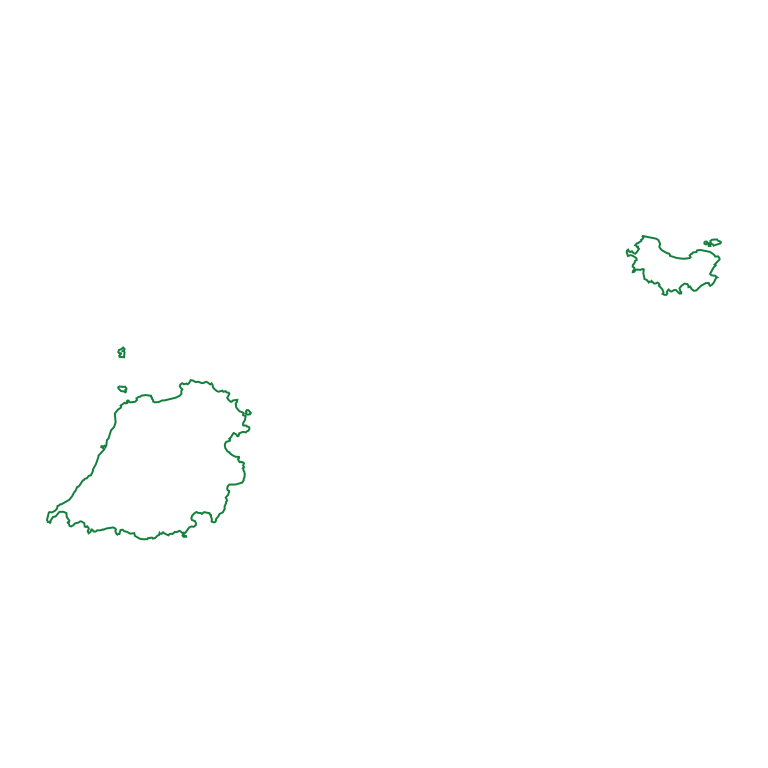 outline of Ko Pha-Ngan, Surat Thani, Thailand, rotated 97°
{"feature_id": "78962969B87501565170923", "entity_name": "Ko Pha-Ngan", "entity_type": "district", "adm_level": 2, "iso_a3": "THA", "parent_name": "Thailand", "parent_adm1": "Surat Thani", "projection": "albers", "projection_center": [99.987, 9.896], "detail": "fine", "context": "isolated", "style": "outline", "palette": "green", "viewbox_px": 768, "rotation_deg": 97, "n_neighbors": 0, "source": "geoboundaries", "source_scale": "gbopen_adm2", "svg_char_len": 6109}
<svg xmlns="http://www.w3.org/2000/svg" viewBox="0 0 768 768"><g transform="rotate(97 384 384)"><path d="M493.8,511.1L490.5,511.2L488.2,511.9L487.3,512.8L485.4,513.2L484.9,513.9L483.6,512.8L482.0,513.9L479.7,513.3L478.8,514.7L479.1,515.5L478.6,516.6L479.2,517.4L478.7,518.3L476.4,519.8L475.3,518.9L474.1,519.1L474.3,522.7L472.9,526.3L471.4,528.8L470.6,529.0L470.0,531.1L466.9,533.7L464.4,534.5L462.8,534.5L460.7,533.6L459.2,530.2L458.0,529.9L457.2,530.9L455.6,529.5L451.1,527.4L450.9,527.1L452.3,524.1L453.5,523.4L453.7,522.7L453.1,522.0L450.5,521.6L448.7,518.1L448.8,515.1L447.7,514.4L446.8,512.8L445.0,512.1L443.4,512.5L443.0,513.4L443.0,514.6L442.1,515.5L442.3,518.5L441.9,518.9L439.7,519.0L436.9,517.7L433.2,517.4L432.4,518.1L432.2,520.0L429.6,520.2L428.6,524.3L425.3,527.8L421.3,528.8L419.5,527.7L417.6,527.7L418.7,531.8L420.3,533.2L420.3,534.0L418.6,536.5L416.9,537.9L412.6,536.3L411.6,537.0L411.5,539.3L410.4,540.3L411.3,542.6L410.3,543.6L411.8,547.3L411.4,549.0L409.7,551.7L407.9,553.5L406.2,553.8L404.4,555.2L405.6,556.5L404.0,559.1L403.5,560.8L405.1,563.6L405.3,565.1L404.4,568.8L405.1,571.1L403.9,573.9L403.7,576.3L407.0,577.7L408.2,578.9L407.7,580.0L408.6,582.8L407.8,584.3L409.4,586.1L411.1,586.4L412.7,585.2L413.8,583.5L415.7,584.3L418.5,583.9L420.6,585.4L423.0,589.1L427.1,600.1L427.3,602.0L429.4,605.6L430.1,609.1L429.5,611.0L428.2,611.1L426.9,612.5L425.6,612.8L424.9,613.9L424.1,613.9L424.0,619.2L425.1,623.2L426.3,624.5L426.9,626.2L428.4,628.0L430.0,627.2L431.9,628.8L433.2,633.6L432.8,634.8L431.7,635.4L431.6,636.4L432.4,637.1L434.1,636.5L434.7,637.7L434.2,639.1L437.5,642.8L438.6,642.1L439.7,642.4L441.8,644.9L446.1,647.6L454.7,645.7L459.6,646.7L463.3,649.3L471.7,650.8L473.5,652.2L478.6,652.1L480.5,652.7L479.4,653.8L480.4,655.2L480.0,656.5L480.4,657.0L481.0,657.0L482.2,654.0L482.9,653.7L489.8,658.6L491.5,658.6L498.7,660.2L504.2,662.4L506.1,662.4L510.5,663.8L511.1,665.9L513.8,667.4L514.6,669.5L515.9,670.2L516.4,671.2L521.6,673.7L523.2,674.9L523.5,675.9L527.7,677.2L529.4,678.4L533.5,679.9L537.4,682.4L542.6,689.4L543.0,690.9L544.3,691.9L544.8,693.2L547.4,693.3L549.8,695.0L552.0,698.0L551.8,699.9L552.4,701.0L559.9,701.9L562.0,700.8L561.9,698.9L562.4,698.5L561.8,698.1L560.4,698.4L556.2,696.3L555.8,694.4L555.0,693.5L550.5,690.6L549.9,686.6L550.9,683.4L554.7,682.7L558.0,679.6L559.3,679.7L559.7,680.9L560.3,681.0L560.8,680.1L563.2,678.7L563.5,677.2L562.1,675.2L560.1,673.8L558.9,670.6L557.4,668.8L557.3,667.5L558.7,664.5L561.9,663.7L562.3,662.2L561.4,661.3L562.7,659.8L563.8,659.3L566.0,660.2L568.1,659.0L566.7,657.4L564.0,656.6L564.1,655.9L565.8,654.2L565.8,653.0L565.2,651.7L564.2,650.9L563.8,647.7L562.6,645.2L562.8,644.6L561.3,642.1L559.4,635.4L559.9,633.6L560.9,632.4L562.9,632.7L565.4,631.3L566.0,630.2L565.4,629.7L565.1,628.4L561.1,627.7L560.5,626.1L560.6,625.4L561.8,623.9L562.0,621.1L563.5,617.8L562.5,613.7L565.1,612.7L567.3,607.6L567.5,604.2L566.8,599.9L565.7,599.4L564.9,596.2L564.9,595.0L565.6,594.5L564.8,592.5L561.9,590.1L561.3,588.9L559.3,588.6L559.9,588.1L559.8,586.4L558.3,585.7L558.3,584.7L558.9,584.2L560.5,579.5L559.2,578.7L558.5,576.9L558.6,575.6L556.3,573.6L556.3,571.9L554.7,569.2L555.2,567.7L556.3,566.4L555.9,563.0L550.2,559.9L548.9,557.8L548.9,555.4L546.9,553.5L545.1,553.7L543.2,554.8L542.3,558.2L540.6,558.9L538.2,558.4L535.9,556.9L533.9,554.6L534.6,552.7L534.4,550.1L535.2,549.0L533.1,547.0L533.5,541.4L534.8,541.0L535.2,539.7L536.6,539.7L538.9,538.4L541.6,538.3L542.1,536.0L541.4,534.7L540.5,534.2L538.5,534.2L535.1,532.1L533.1,531.5L531.0,528.3L527.3,526.9L524.9,527.3L521.8,526.3L520.6,526.5L518.9,525.5L515.9,527.2L513.2,525.3L509.7,524.5L508.9,524.8L508.6,526.1L507.6,526.7L506.0,526.9L504.0,526.3L502.6,525.1L501.9,519.2L499.2,512.8L496.6,511.5L494.9,511.7L493.8,511.1ZM225.2,70.4L219.5,66.1L218.2,66.4L216.7,67.8L217.1,70.9L215.8,71.7L213.2,76.3L212.4,86.5L213.3,89.6L214.9,90.0L215.8,93.3L217.3,94.2L217.3,94.9L219.2,96.3L220.7,95.1L221.7,95.9L223.1,101.2L223.3,104.9L223.2,108.9L221.9,115.8L220.6,116.1L219.8,117.0L219.6,119.0L217.6,124.1L215.9,126.3L214.4,127.4L211.2,127.1L207.8,129.1L206.6,131.5L205.6,145.0L206.2,145.3L207.1,144.4L208.7,145.1L209.5,146.3L210.6,146.0L213.3,149.2L213.5,150.1L215.6,151.5L215.7,150.6L217.2,149.5L216.9,148.6L218.1,148.4L218.8,147.4L223.0,149.5L224.1,150.7L223.6,152.4L222.0,154.1L222.8,155.1L222.9,156.6L220.9,158.1L222.1,159.1L223.6,159.2L227.2,157.5L226.1,155.0L226.1,153.9L227.3,150.7L228.6,148.7L230.2,148.3L231.2,149.8L233.7,150.2L235.5,151.5L237.2,151.5L238.2,149.7L240.1,149.7L241.5,150.7L242.7,150.7L242.4,149.6L239.7,147.8L239.4,143.3L238.3,141.1L238.7,140.1L242.5,140.1L248.1,138.2L248.7,135.9L250.8,133.7L250.1,133.5L250.1,131.3L249.2,131.0L251.4,128.1L250.9,126.1L250.0,125.1L250.5,123.7L252.1,122.5L253.0,123.1L255.6,119.8L257.6,118.4L259.2,117.7L260.6,118.5L261.3,116.7L261.1,114.6L259.6,113.9L257.8,114.4L255.6,113.0L257.1,111.0L257.1,109.7L255.5,107.8L255.2,105.7L258.3,101.7L257.9,100.1L256.5,100.2L256.3,100.9L253.0,102.4L250.1,100.6L247.8,97.9L247.9,95.0L249.3,93.9L250.8,93.6L250.0,91.9L252.1,90.5L253.8,87.9L253.0,85.3L247.8,81.3L244.6,76.8L244.2,74.0L246.3,73.0L246.8,72.2L245.7,70.7L243.1,69.0L238.0,67.2L237.6,66.3L236.2,68.6L236.2,72.3L235.0,73.8L228.3,71.1L225.8,69.2L225.2,70.4ZM389.1,645.3L384.2,645.4L383.5,645.8L383.1,647.3L382.1,646.0L381.0,645.7L379.6,647.4L381.4,648.9L382.6,651.3L384.8,651.6L385.6,650.7L385.6,648.8L386.4,648.9L388.1,650.2L389.3,649.8L389.1,645.3ZM206.5,73.7L203.5,67.4L202.7,66.9L201.8,67.2L200.9,70.3L199.9,71.1L200.8,75.9L202.3,77.5L204.9,76.5L205.4,74.6L206.5,73.7ZM421.4,640.0L420.9,639.1L419.7,639.1L418.2,640.8L418.7,642.8L418.7,646.3L419.7,647.4L420.9,646.9L423.1,644.1L423.0,641.4L423.8,639.6L423.0,639.2L421.4,640.0ZM430.2,513.8L430.2,513.1L428.8,512.7L426.5,515.5L426.6,517.0L427.9,517.6L428.9,517.0L430.0,517.8L431.1,516.3L430.7,514.2L430.2,513.8ZM204.1,80.2L203.3,81.1L203.5,82.5L204.3,83.2L205.6,83.1L206.3,81.5L205.2,80.3L204.1,80.2ZM559.0,565.5L560.1,564.3L559.7,561.8L559.0,562.0L558.5,564.0L557.1,564.9L559.0,565.5ZM207.5,78.5L207.2,76.8L205.5,77.2L204.8,78.4L205.6,78.9L207.5,78.5Z" fill="none" stroke="#15803d" stroke-width="2"/></g></svg>